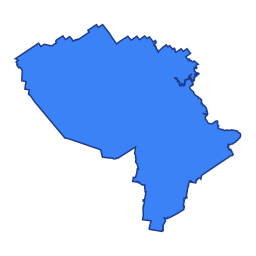 the district of Launceston, Tasmania, Australia, rotated 180°
{"feature_id": "25037944B58577428038391", "entity_name": "Launceston", "entity_type": "district", "adm_level": 2, "iso_a3": "AUS", "parent_name": "Australia", "parent_adm1": "Tasmania", "projection": "equal_earth", "projection_center": [147.112, -41.321], "detail": "fine", "context": "isolated", "style": "filled", "palette": "blue", "viewbox_px": 256, "rotation_deg": 180, "n_neighbors": 0, "source": "geoboundaries", "source_scale": "gbopen_adm2", "svg_char_len": 5638}
<svg xmlns="http://www.w3.org/2000/svg" viewBox="0 0 256 256"><g transform="rotate(180 128 128)"><path d="M221.5,154.4L191.0,117.9L187.8,117.4L155.4,106.3L153.5,98.8L146.6,98.0L143.4,97.9L142.3,97.0L139.5,97.5L139.4,98.1L138.0,97.9L120.5,109.0L121.3,102.7L121.2,102.1L120.5,100.9L120.2,99.7L120.3,99.2L120.6,98.9L120.0,96.7L120.2,95.7L120.4,94.0L119.4,92.6L119.0,92.3L117.5,86.9L118.7,87.1L119.3,82.6L120.2,79.8L120.4,78.4L122.6,78.7L123.3,74.6L119.3,73.9L119.2,74.5L117.4,74.2L117.6,73.2L116.1,73.0L114.4,71.3L112.2,70.9L112.2,71.1L111.3,71.0L111.1,70.0L111.3,68.5L110.8,65.4L111.0,64.2L110.3,64.1L110.3,64.4L110.0,64.3L111.4,56.1L112.7,56.3L112.9,54.9L111.6,54.7L112.2,50.5L112.6,50.6L113.0,48.3L112.7,41.1L113.4,36.3L105.0,35.2L106.9,27.2L106.6,26.7L94.6,24.7L94.0,24.6L93.8,25.4L92.9,25.3L92.7,26.7L93.2,26.8L92.8,29.4L93.3,29.5L93.2,30.2L90.5,34.9L90.7,36.6L91.8,38.0L88.2,37.4L88.0,38.7L86.4,38.4L78.3,42.7L72.3,46.5L71.6,49.8L72.7,50.0L71.7,55.5L72.2,55.6L71.9,57.5L70.7,57.3L70.4,58.4L69.2,58.1L69.1,59.1L69.8,59.2L68.0,69.6L67.7,69.6L66.8,74.6L66.3,74.7L66.0,75.0L65.8,75.4L65.6,75.5L65.2,75.3L65.0,74.9L64.9,74.3L65.1,73.9L60.2,73.1L59.6,76.4L59.1,76.2L58.5,76.4L58.1,77.0L57.9,77.6L56.7,78.1L55.9,77.7L55.2,76.9L54.4,80.7L31.0,96.4L25.4,100.2L23.3,100.6L22.9,102.0L23.8,103.1L24.1,103.8L24.1,104.4L24.3,104.6L24.4,105.1L25.0,105.4L25.7,105.5L25.3,106.5L26.8,106.4L27.1,107.2L26.8,107.4L26.8,107.6L27.6,108.2L28.4,108.5L28.4,109.3L28.2,109.3L27.9,109.9L27.7,109.9L27.9,110.2L27.8,110.5L27.6,110.6L27.9,111.0L27.7,111.4L27.8,111.6L27.2,111.7L26.3,111.2L24.3,112.0L23.3,112.1L21.6,113.5L20.2,114.1L20.0,114.4L19.8,115.2L18.2,115.9L17.9,116.9L17.0,117.3L16.7,117.9L16.1,118.3L15.4,120.2L15.5,121.7L15.9,122.7L17.5,123.4L17.6,123.7L18.2,124.4L19.1,125.1L20.3,125.4L21.0,125.3L23.0,126.0L23.8,125.9L24.4,126.2L25.7,125.6L27.5,125.9L28.3,125.5L28.8,125.9L29.2,126.0L29.9,125.7L30.1,125.8L30.7,125.5L31.1,125.6L31.4,125.4L32.9,126.0L33.3,126.6L34.7,126.5L36.6,127.1L37.4,127.5L38.0,128.0L38.3,128.8L38.4,128.7L38.2,129.2L38.3,129.1L38.2,129.4L37.8,129.6L37.4,129.5L37.4,130.4L37.9,130.7L38.4,131.5L38.6,132.3L38.3,134.2L38.6,135.0L39.8,135.0L41.2,134.2L43.1,132.7L44.0,132.3L45.1,132.1L47.3,132.6L47.5,132.4L47.4,132.7L48.2,133.5L50.1,136.6L50.7,137.3L50.8,138.5L50.3,139.6L49.4,140.4L49.6,140.5L49.3,140.4L48.6,141.1L48.4,141.6L48.5,142.7L48.9,142.2L49.2,142.1L50.4,142.2L50.6,141.9L51.0,141.6L51.3,141.7L51.6,142.2L52.6,142.7L53.1,142.5L52.7,142.7L52.9,142.8L52.6,142.7L51.6,142.2L50.9,141.7L50.4,142.3L49.0,142.3L48.5,142.9L48.9,144.8L49.1,145.1L49.3,145.1L49.1,145.3L49.5,147.2L50.0,148.3L50.5,149.0L50.9,149.1L50.7,149.1L51.7,150.3L52.7,151.0L52.9,150.9L52.8,151.1L53.6,151.9L54.2,153.2L54.4,153.1L54.3,153.3L54.6,154.7L54.6,156.1L54.8,156.2L54.7,156.4L54.8,156.6L57.1,158.3L57.3,158.2L57.2,158.4L58.2,159.4L59.9,160.2L61.1,161.2L61.6,161.7L62.6,164.2L64.4,165.6L66.1,167.7L66.2,168.2L66.1,169.0L65.6,169.8L64.2,170.4L64.1,170.6L64.0,170.4L63.6,170.7L63.1,171.1L62.8,171.7L63.1,172.8L64.5,174.7L65.9,177.0L66.4,177.5L66.8,177.6L67.3,177.2L67.6,176.6L69.4,176.4L70.9,175.7L71.2,175.3L70.6,174.2L71.2,171.8L71.7,170.5L72.1,170.2L72.6,170.2L72.8,171.3L73.1,171.8L73.5,172.1L73.9,172.1L74.3,172.0L74.5,171.6L74.6,170.1L75.1,169.9L76.1,170.4L76.9,171.7L76.5,173.3L77.3,174.8L78.2,174.2L78.5,174.3L78.7,174.6L78.4,175.6L78.9,176.8L79.0,177.5L79.6,177.7L79.8,177.3L80.2,177.1L80.7,177.8L81.4,178.0L81.3,178.5L81.1,178.9L81.2,178.0L80.6,177.9L80.2,177.2L79.9,177.4L79.7,178.0L79.3,177.9L78.9,177.5L78.2,175.7L78.5,174.5L78.3,174.5L77.7,175.0L77.2,175.0L76.3,173.4L76.7,171.6L75.8,170.5L75.2,170.1L74.8,170.2L74.8,171.3L74.6,171.9L74.3,172.3L73.6,172.3L72.7,171.8L72.5,170.6L72.2,170.4L71.9,170.8L71.5,171.8L71.5,172.2L71.4,172.3L71.0,173.9L71.0,174.4L71.4,175.1L71.3,175.7L70.7,176.2L69.0,176.9L67.8,177.0L67.4,177.9L66.7,178.2L67.2,179.2L67.1,180.1L66.5,180.5L66.1,180.5L64.5,181.8L63.9,182.0L65.8,180.4L66.0,180.2L66.1,179.4L65.1,177.8L63.8,175.0L63.1,174.3L62.4,174.8L61.7,175.6L61.8,175.9L62.1,175.7L62.5,176.4L61.6,176.9L62.0,177.9L61.8,178.0L61.9,178.5L60.7,179.1L60.8,179.6L60.7,179.5L59.2,180.2L61.2,181.5L61.1,182.0L57.4,181.6L57.2,182.6L60.0,183.5L60.7,184.4L61.7,184.7L61.5,185.3L61.4,186.2L61.9,187.1L61.8,188.1L60.9,188.7L60.2,188.1L60.4,187.9L59.8,187.5L59.1,188.3L59.6,188.8L59.8,188.6L60.5,189.2L60.1,190.0L59.0,191.2L58.6,191.6L57.9,191.8L61.8,195.0L63.7,194.0L64.9,195.5L66.3,195.3L66.2,195.4L66.8,196.0L66.6,196.1L66.5,196.9L67.5,196.8L68.1,196.4L70.2,199.3L65.5,202.6L69.0,207.3L72.8,204.6L74.9,207.2L80.1,203.7L80.6,204.2L80.9,204.7L81.1,205.3L80.8,206.3L81.7,207.7L82.3,207.3L82.4,207.5L83.4,206.8L84.6,208.4L84.8,208.6L85.0,208.5L86.3,210.4L88.2,209.1L89.7,211.2L92.7,209.0L97.4,204.7L97.8,204.0L97.9,204.3L98.5,204.9L98.4,206.0L98.8,206.5L99.4,206.5L99.7,207.7L99.9,207.9L99.8,208.3L100.1,208.6L100.1,209.0L100.4,209.5L100.6,210.4L101.3,209.9L102.4,211.6L99.8,213.3L100.6,215.5L102.7,214.0L106.6,219.1L108.9,217.5L111.4,220.0L116.5,216.3L119.1,219.8L124.8,215.8L128.1,219.7L136.2,214.6L139.5,212.1L145.1,220.2L146.6,222.7L153.4,231.4L157.7,228.6L159.5,231.4L168.1,225.7L166.8,223.8L177.7,216.5L178.1,217.0L179.9,215.8L180.4,216.4L182.9,214.7L183.7,216.3L185.3,218.3L186.4,219.4L190.5,216.4L193.1,220.1L199.7,215.8L200.1,215.1L200.1,213.9L199.6,213.2L204.3,210.1L211.8,211.7L215.1,209.4L217.4,212.8L240.6,197.3L239.7,197.1L239.4,196.8L239.3,196.4L239.0,196.3L238.8,195.9L237.8,195.4L239.9,193.9L238.4,191.6L239.2,191.1L237.2,188.1L236.0,188.8L233.7,185.5L234.2,175.2L229.9,174.4L230.7,170.2L231.1,166.9L226.7,166.1L227.5,161.9L225.2,159.8L221.5,154.4Z" fill="#3b82f6" stroke="#1e3a8a" stroke-width="1.5"/></g></svg>